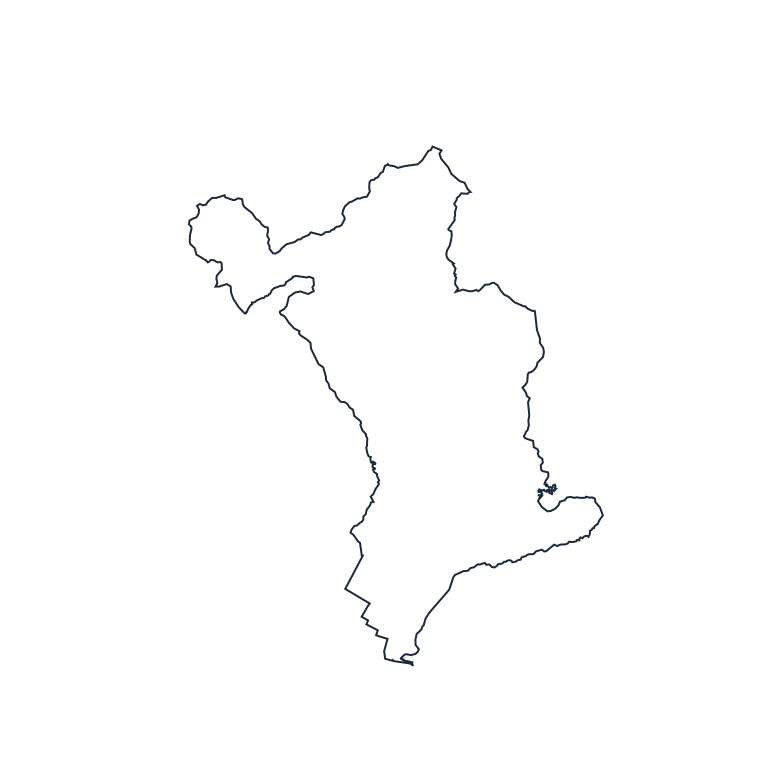 Sacele, Brasov, Romania, rotated 215°
{"feature_id": "2599482B39032167315521", "entity_name": "Sacele", "entity_type": "district", "adm_level": 2, "iso_a3": "ROU", "parent_name": "Romania", "parent_adm1": "Brasov", "projection": "mercator", "projection_center": [25.764, 45.547], "detail": "fine", "context": "isolated", "style": "outline", "palette": "slate", "viewbox_px": 768, "rotation_deg": 215, "n_neighbors": 0, "source": "geoboundaries", "source_scale": "gbopen_adm2", "svg_char_len": 6154}
<svg xmlns="http://www.w3.org/2000/svg" viewBox="0 0 768 768"><g transform="rotate(215 384 384)"><path d="M480.4,606.3L479.9,602.5L481.4,600.1L481.0,589.1L482.4,583.3L491.7,574.7L496.6,569.0L500.7,568.2L505.3,566.0L507.1,566.2L506.9,565.4L508.4,563.3L506.6,557.1L507.8,555.1L507.6,550.0L509.2,547.4L509.1,546.0L511.5,543.4L511.6,541.0L508.8,536.4L506.0,533.5L505.4,527.7L508.1,525.1L510.2,521.9L512.0,521.1L515.0,514.9L516.5,513.1L517.9,507.3L517.3,503.5L515.7,499.4L512.4,498.1L510.8,496.7L509.9,489.7L511.3,487.1L512.8,485.8L513.8,483.6L513.4,482.1L514.3,481.6L515.5,479.4L515.5,477.9L519.2,474.6L519.8,471.8L520.9,470.0L531.0,466.2L531.1,463.0L534.9,456.9L535.2,454.7L537.3,453.1L538.6,449.1L544.0,442.6L545.6,436.4L545.7,432.8L547.8,428.5L549.8,427.4L555.2,429.0L556.7,431.1L560.0,433.1L561.1,436.6L564.9,438.6L567.1,443.4L568.9,445.4L571.9,444.3L575.7,444.5L579.2,446.0L583.6,445.9L590.0,448.3L599.7,448.9L602.6,450.2L606.2,454.0L610.1,452.4L611.7,449.2L613.2,448.1L621.2,445.9L622.8,447.2L628.0,440.4L631.6,437.7L632.8,432.5L632.7,428.8L634.9,426.5L638.1,425.9L639.4,422.7L635.5,420.7L633.6,417.3L633.2,413.8L633.7,412.0L635.1,410.4L637.1,406.3L635.4,403.0L632.1,402.3L630.8,400.9L628.2,394.4L624.3,388.5L622.6,387.5L617.0,386.7L611.8,382.4L600.4,383.2L598.3,382.5L597.5,383.5L597.0,386.2L594.5,387.8L590.2,388.1L588.0,390.1L586.2,389.7L582.3,384.6L583.1,377.2L582.0,374.5L578.2,370.8L577.9,367.1L575.0,369.2L570.0,375.7L565.6,376.0L561.5,371.0L556.1,367.2L547.0,363.6L538.6,361.9L537.6,362.6L538.1,363.5L537.6,364.5L538.4,367.4L538.5,372.2L537.7,373.7L539.0,375.0L537.0,376.5L536.1,379.5L533.5,384.0L531.7,385.7L531.6,387.6L529.6,390.1L529.6,391.7L529.0,392.5L529.7,396.5L529.0,399.4L525.0,405.1L522.4,407.3L521.9,409.2L522.7,411.0L519.8,418.3L520.2,419.5L518.1,422.0L508.2,427.1L506.8,428.9L502.5,430.0L498.2,425.0L498.1,422.1L494.8,419.9L497.6,414.3L505.6,411.8L509.3,408.0L511.9,400.7L508.6,392.5L508.7,388.3L510.9,383.6L510.4,382.8L507.9,381.7L505.8,382.4L502.7,381.9L497.1,379.6L489.4,378.0L483.5,378.8L482.5,376.5L480.0,376.0L471.9,376.2L467.8,375.5L464.1,371.1L449.0,362.7L443.3,362.8L435.2,356.1L433.9,354.0L429.7,352.5L426.0,349.4L419.5,349.2L415.8,346.4L409.5,344.5L405.8,346.6L402.6,346.7L398.7,345.0L394.5,345.1L390.1,340.8L381.8,340.0L380.4,339.0L379.9,336.9L375.2,333.6L369.8,332.5L369.3,331.3L366.6,330.0L362.5,323.6L362.0,321.7L358.2,317.9L355.1,315.9L352.9,316.6L352.1,314.6L349.7,312.4L348.3,312.5L348.6,313.9L348.0,314.3L345.6,314.1L345.3,313.4L347.1,311.6L345.9,309.5L343.0,309.6L342.8,309.1L344.1,308.4L344.0,307.7L341.9,306.2L338.1,306.3L337.3,304.9L332.6,302.1L332.7,300.0L331.1,299.5L330.7,298.4L330.7,293.2L329.6,287.7L330.3,284.1L325.0,281.4L326.7,279.4L325.9,276.8L326.0,271.0L324.3,266.8L324.9,263.8L323.1,260.8L323.2,258.2L324.2,256.3L324.9,252.8L326.9,250.6L327.0,245.9L326.1,243.0L322.4,242.9L315.5,240.3L312.4,240.0L303.7,230.6L302.9,231.2L298.2,193.9L269.7,196.0L269.9,193.1L268.8,180.5L261.4,181.2L260.5,177.0L247.9,178.7L246.3,173.6L234.9,177.2L230.7,165.3L225.5,159.6L219.1,161.9L218.6,162.9L218.0,162.3L216.5,162.9L202.4,170.0L198.4,170.0L200.3,170.6L201.1,172.3L209.9,168.7L210.2,169.5L212.2,168.5L212.9,168.9L212.1,173.6L211.0,175.3L206.3,177.5L203.5,180.8L202.7,183.6L203.4,186.8L208.5,188.4L211.6,192.6L213.9,198.0L212.6,204.0L213.5,207.3L213.1,209.1L215.4,215.6L215.7,223.0L212.6,252.9L216.4,265.6L216.3,268.4L211.6,276.3L208.1,279.2L207.6,282.8L205.2,285.4L203.7,290.2L202.2,290.8L198.7,295.3L196.5,294.6L194.3,296.6L190.6,296.0L188.2,297.2L187.0,300.4L187.4,301.5L184.2,304.7L183.8,307.0L182.1,308.4L182.0,309.6L180.4,311.5L178.3,312.3L176.6,311.6L174.5,313.6L173.3,316.4L171.3,318.5L171.8,320.7L171.2,322.2L169.6,323.6L168.1,327.2L163.8,330.6L163.6,334.0L159.6,338.9L156.7,338.7L155.2,340.1L152.5,350.0L149.4,350.5L147.2,353.8L143.2,356.9L142.0,358.8L142.0,360.8L138.3,363.2L136.3,365.5L136.4,366.9L134.3,368.0L135.2,369.4L135.0,371.1L132.9,371.5L132.8,373.5L131.8,375.1L130.2,376.2L128.8,376.1L129.5,379.7L131.1,381.7L130.2,383.6L130.4,385.4L129.3,386.4L130.0,388.0L128.6,392.3L129.4,395.2L129.4,402.0L136.4,406.8L143.0,408.5L145.7,411.1L148.7,410.4L150.0,409.0L153.9,407.5L153.8,406.4L157.2,403.7L161.5,401.5L162.5,400.1L166.4,398.5L169.0,396.1L169.3,392.4L172.4,388.4L171.5,385.0L172.1,380.4L174.4,375.8L177.0,373.5L184.0,373.7L190.7,376.4L191.1,378.6L190.6,380.7L190.6,381.4L191.2,381.1L191.0,382.0L194.2,381.5L189.6,383.7L191.7,383.4L191.5,384.8L193.8,385.6L195.4,384.2L196.3,384.8L196.4,386.7L193.1,387.4L192.9,388.6L192.0,389.2L191.2,388.5L188.8,389.1L189.5,390.8L188.2,391.7L186.3,389.6L183.3,390.2L183.5,391.1L185.5,392.4L186.3,392.0L187.2,392.2L184.6,393.8L183.3,393.8L183.0,396.6L183.8,396.1L183.7,396.9L184.6,397.0L184.7,398.5L186.2,399.5L187.3,398.1L186.6,394.9L188.5,395.1L189.1,393.6L191.8,394.6L192.3,393.5L192.8,393.6L192.2,394.1L192.7,395.0L193.6,394.3L194.7,395.3L195.3,394.6L196.0,397.0L196.2,402.1L197.6,404.5L198.9,405.7L204.2,403.6L205.7,403.7L209.0,407.2L208.8,410.7L211.4,413.5L215.8,413.5L218.4,415.6L218.8,417.5L220.8,418.6L225.0,418.2L229.2,422.9L235.9,420.9L237.8,420.6L239.4,421.4L240.2,426.0L239.9,428.4L241.5,433.0L244.7,436.8L247.0,441.6L255.6,451.8L256.4,455.9L260.1,456.1L262.5,458.2L268.5,460.5L267.7,464.6L267.9,467.9L271.9,474.6L271.7,476.8L270.4,477.9L269.2,481.4L269.0,485.6L270.5,489.4L269.2,497.3L271.4,502.0L274.5,505.0L280.0,507.1L282.2,510.6L289.6,515.9L302.2,530.2L305.1,528.8L309.7,528.1L312.8,528.7L314.1,527.8L324.1,525.8L332.2,526.9L336.9,526.1L342.0,527.5L347.6,530.1L352.2,529.9L353.8,528.3L354.6,526.2L358.3,523.1L359.1,516.6L360.0,514.1L362.4,514.0L364.7,510.8L367.7,508.7L373.3,506.7L378.1,500.7L378.1,504.8L382.9,506.5L384.6,509.0L385.9,512.7L388.0,513.1L388.1,514.8L389.9,514.7L391.6,519.6L396.4,521.6L395.9,522.8L402.3,522.8L404.8,523.7L407.2,525.7L408.9,529.3L409.6,535.4L413.0,543.4L416.2,547.7L419.4,547.2L420.2,547.8L420.1,558.9L421.6,560.4L422.3,562.5L424.7,566.1L426.1,570.4L429.9,571.9L430.1,576.6L431.0,578.1L430.1,581.5L430.1,584.4L424.7,587.7L424.1,590.3L423.4,590.9L427.5,591.7L433.4,595.1L438.3,593.6L449.4,594.7L455.5,598.3L466.2,601.2L470.6,604.3L470.9,608.4L480.4,606.3Z" fill="none" stroke="#1e293b" stroke-width="2"/></g></svg>